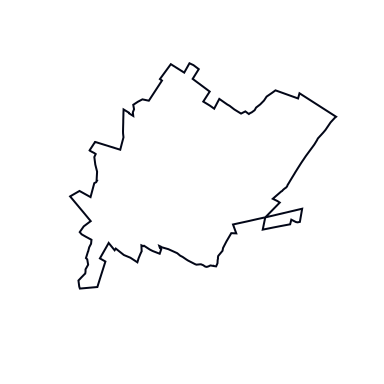 outline of Chicxulub Pueblo, Yucatán, Mexico, rotated 115°
{"feature_id": "50627088B2024609672342", "entity_name": "Chicxulub Pueblo", "entity_type": "district", "adm_level": 2, "iso_a3": "MEX", "parent_name": "Mexico", "parent_adm1": "Yucatán", "projection": "mercator", "projection_center": [-89.518, 21.153], "detail": "fine", "context": "isolated", "style": "outline", "palette": "ink", "viewbox_px": 384, "rotation_deg": 115, "n_neighbors": 0, "source": "geoboundaries", "source_scale": "gbopen_adm2", "svg_char_len": 2665}
<svg xmlns="http://www.w3.org/2000/svg" viewBox="0 0 384 384"><g transform="rotate(115 192 192)"><path d="M318.1,237.6L309.3,238.8L291.6,241.1L291.1,247.4L273.8,246.0L273.4,246.0L277.5,237.5L275.5,237.2L277.9,227.1L277.6,220.1L278.8,211.8L274.6,212.4L269.9,212.6L266.8,212.6L266.6,212.8L261.7,215.3L261.7,215.1L261.7,214.8L261.7,214.6L261.7,213.3L261.0,212.8L262.0,205.8L262.1,202.8L261.6,195.2L256.9,195.7L256.4,197.3L254.7,198.9L254.7,197.0L254.9,196.3L253.8,189.3L253.7,179.5L254.7,175.8L254.8,173.1L255.6,168.3L255.8,166.6L256.1,158.8L256.0,157.3L255.7,156.8L254.6,154.9L254.0,153.9L253.7,153.2L253.7,152.5L253.6,151.0L254.0,148.6L253.8,147.4L253.5,146.8L252.4,145.6L250.8,144.3L250.5,143.3L250.0,141.3L249.8,141.3L249.7,140.3L249.5,139.5L249.2,138.7L245.8,138.8L242.8,140.0L241.4,140.3L240.2,140.9L238.8,141.2L232.4,139.5L229.6,140.2L222.2,139.9L212.7,139.0L210.8,134.4L204.1,141.1L194.5,128.5L188.9,121.3L184.0,114.9L196.2,112.0L194.0,109.0L189.8,103.3L185.3,97.1L179.8,89.4L175.1,90.3L175.3,85.1L174.9,83.5L173.5,81.6L160.6,85.1L183.7,114.4L183.3,114.6L164.5,108.0L164.1,110.9L164.0,115.9L163.3,115.6L153.7,111.3L153.1,110.8L151.4,110.3L149.5,109.4L148.4,108.7L147.8,108.5L146.8,108.2L145.4,108.3L144.7,108.3L144.6,108.2L140.5,107.8L136.8,107.4L131.5,106.8L131.2,106.8L125.5,106.1L119.4,105.3L111.2,104.0L97.3,101.2L92.1,100.6L90.9,100.6L90.1,100.5L82.8,98.2L79.5,97.3L70.3,95.8L64.3,93.9L62.9,93.2L57.1,136.3L62.4,135.4L64.6,159.3L67.9,161.1L74.0,164.7L78.7,165.4L83.8,167.2L88.4,169.6L91.4,169.8L94.7,171.6L95.8,172.6L97.3,173.4L96.4,177.7L100.2,180.7L99.3,188.5L98.0,194.3L97.8,196.9L96.1,206.6L107.1,207.1L106.2,212.0L105.9,214.5L105.3,220.0L93.5,218.4L89.2,239.2L77.8,237.8L76.4,244.3L76.4,248.7L87.1,249.5L85.1,265.2L103.2,268.8L103.7,266.3L127.5,269.7L128.2,272.7L129.0,276.1L133.1,279.2L137.8,282.1L141.5,279.5L144.8,279.3L147.9,277.4L147.3,282.4L146.8,282.6L146.1,288.9L150.6,287.0L151.0,286.8L156.3,284.5L157.6,283.9L166.3,280.1L168.1,279.2L171.4,277.2L178.1,276.0L182.4,275.2L184.0,274.9L187.5,300.6L187.9,300.7L187.9,301.1L188.3,301.1L197.4,302.4L197.6,302.4L197.8,301.5L197.8,300.7L197.9,299.9L197.9,299.1L198.0,297.0L198.3,295.3L201.6,295.3L207.6,291.5L207.8,291.4L213.7,286.6L222.0,283.3L221.9,282.9L223.6,283.0L225.3,284.3L239.5,281.8L238.6,294.4L243.3,297.7L247.5,300.6L256.5,281.4L261.2,271.5L268.9,275.6L275.8,276.8L277.0,274.1L277.4,269.4L277.8,262.9L281.6,261.6L283.3,261.7L285.6,261.8L289.8,261.0L290.0,261.1L295.7,260.3L296.7,260.2L297.3,258.5L301.8,255.4L304.5,255.6L307.1,255.8L309.3,254.8L311.1,254.3L311.7,254.6L315.7,256.0L320.2,257.5L325.4,254.2L326.9,252.8L318.1,237.6Z" fill="none" stroke="#020617" stroke-width="2"/></g></svg>